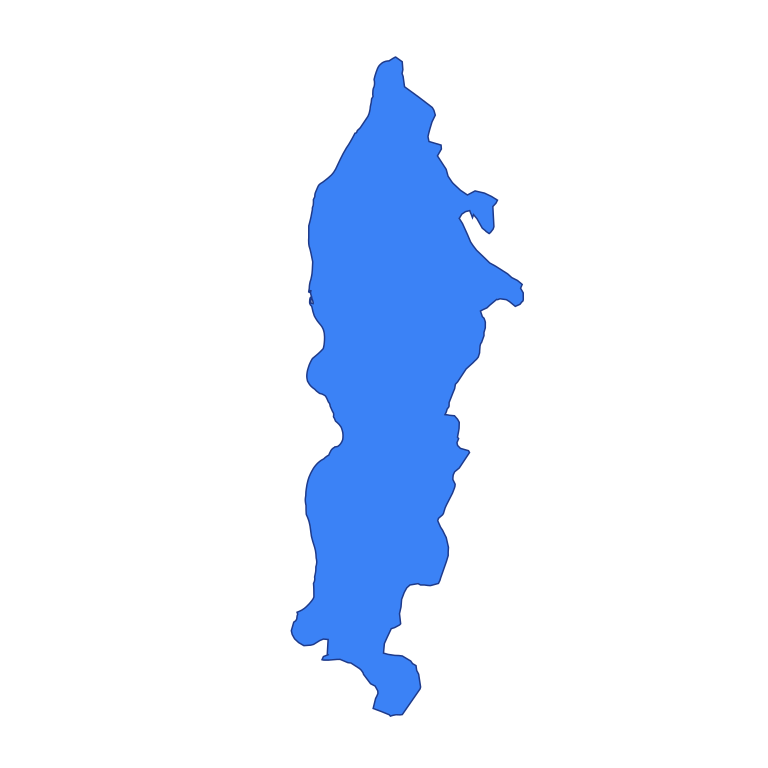 the district of Zifta, Al Gharbiyah, Egypt, rotated 196°
{"feature_id": "37247803B22072181231059", "entity_name": "Zifta", "entity_type": "district", "adm_level": 2, "iso_a3": "EGY", "parent_name": "Egypt", "parent_adm1": "Al Gharbiyah", "projection": "orthographic", "projection_center": [31.231, 30.728], "detail": "fine", "context": "isolated", "style": "filled", "palette": "blue", "viewbox_px": 768, "rotation_deg": 196, "n_neighbors": 0, "source": "geoboundaries", "source_scale": "gbopen_adm2", "svg_char_len": 6156}
<svg xmlns="http://www.w3.org/2000/svg" viewBox="0 0 768 768"><g transform="rotate(196 384 384)"><path d="M325.6,592.0L332.3,593.9L340.0,595.2L349.7,594.7L355.9,588.7L363.9,591.3L372.9,595.9L374.5,597.0L379.7,601.4L383.4,607.5L395.5,618.0L393.6,625.7L395.0,629.4L407.6,629.5L408.1,630.4L409.9,633.9L410.1,637.0L410.2,641.9L410.1,649.2L408.8,656.6L411.5,660.9L413.8,663.1L429.3,669.2L446.2,675.4L450.4,684.9L452.2,687.4L452.5,691.3L455.3,698.8L462.9,701.5L463.5,701.1L465.3,699.3L468.2,696.0L469.8,695.4L471.4,694.6L472.8,693.6L474.1,692.4L474.6,691.7L475.6,690.2L476.4,688.7L476.9,687.0L477.2,685.3L477.5,681.5L477.6,677.6L477.5,674.5L477.4,673.8L476.5,672.1L475.8,669.9L475.5,667.9L475.5,666.9L475.7,665.5L475.7,664.8L475.6,663.4L474.7,659.6L474.5,658.9L473.8,657.5L474.0,656.5L474.4,655.3L474.5,654.6L473.9,651.2L473.6,646.9L473.2,644.8L473.0,642.9L472.9,641.0L472.9,639.7L473.2,636.9L477.4,623.9L478.2,622.4L479.2,620.8L479.5,620.1L479.6,619.3L479.6,618.5L480.0,617.7L480.5,617.3L481.0,617.1L481.2,616.2L482.1,611.9L483.0,608.1L484.0,604.3L485.2,600.6L486.8,594.1L487.9,588.3L488.8,582.8L489.7,577.3L490.2,575.5L490.7,573.7L491.4,572.0L492.2,570.3L494.4,566.8L497.4,562.6L498.8,560.8L500.1,559.4L500.7,558.6L501.6,557.0L502.0,554.9L502.7,549.1L502.7,547.7L502.5,546.3L502.2,545.5L502.2,544.6L502.7,541.8L501.9,539.2L501.3,536.4L501.3,535.3L501.4,534.7L501.4,533.9L501.3,533.1L500.9,531.7L500.5,527.3L500.2,524.3L500.0,519.9L499.9,515.3L496.6,503.7L496.1,501.5L495.0,498.1L494.0,495.9L492.2,493.1L490.4,489.9L486.2,481.8L484.3,473.7L483.6,470.1L483.4,468.3L483.2,465.7L483.1,464.2L483.2,462.0L483.0,459.4L482.7,457.5L482.2,455.3L481.8,451.8L481.1,451.5L480.6,451.9L480.8,452.7L480.7,453.4L480.0,453.5L479.8,451.4L478.8,449.6L478.0,448.4L477.6,447.8L476.9,446.3L475.8,444.9L475.3,444.1L474.4,442.5L474.3,441.7L476.3,441.6L476.7,442.2L477.2,443.6L477.6,445.3L477.7,446.3L478.0,446.9L478.5,447.0L478.7,446.2L478.6,444.6L478.1,442.3L477.7,441.2L477.4,440.8L476.7,439.9L476.3,439.6L475.1,438.9L474.4,437.9L472.2,433.9L469.8,430.3L468.0,428.5L465.5,426.3L463.6,424.9L460.8,423.0L459.3,421.8L458.0,420.4L457.4,419.7L456.3,418.0L455.4,416.3L454.1,412.8L453.3,409.8L452.8,407.4L452.4,405.1L452.2,402.7L452.2,401.2L453.8,398.1L455.5,395.2L457.4,392.3L459.8,388.8L460.4,386.5L460.8,384.3L461.1,382.2L461.2,380.8L461.3,376.7L461.2,375.0L461.0,373.3L460.7,371.6L460.3,370.0L459.7,368.4L458.7,366.4L458.3,365.7L457.8,365.2L455.9,363.4L454.6,362.4L453.3,361.6L451.4,360.7L449.2,359.9L446.9,358.6L444.1,357.5L443.3,357.2L441.0,357.3L439.2,357.0L437.4,356.5L436.8,356.2L435.0,354.4L432.5,351.4L431.5,350.7L430.7,349.9L430.1,348.9L429.8,348.1L429.2,347.3L426.0,343.5L424.5,342.1L423.8,340.3L423.6,338.8L423.3,338.3L422.1,337.2L421.5,336.4L420.4,335.0L418.1,333.9L415.9,332.7L413.8,331.1L412.9,330.2L411.6,328.3L410.2,325.9L409.3,323.5L408.7,321.2L408.4,319.5L408.4,318.7L408.6,317.0L408.8,316.1L409.3,314.5L410.0,313.0L411.3,311.2L413.1,310.3L413.9,310.0L414.2,309.4L414.7,308.9L415.6,307.8L416.3,306.5L416.7,305.2L417.2,302.6L417.5,300.3L418.5,299.4L419.7,297.9L420.3,297.1L421.2,295.5L423.2,293.5L424.6,291.7L426.1,289.4L427.3,286.9L428.1,284.9L428.6,283.4L429.4,280.1L429.9,277.6L430.4,273.8L430.5,271.4L430.5,269.8L430.3,265.9L429.8,261.8L429.3,258.7L428.4,255.0L428.2,253.2L427.9,251.5L427.4,249.9L426.8,248.4L426.1,246.9L425.5,245.8L424.2,241.4L422.9,237.6L422.6,237.0L420.9,235.0L419.4,233.0L418.0,230.9L416.8,228.7L415.9,227.0L412.0,218.1L411.6,217.3L409.1,213.1L405.6,207.8L404.0,205.0L402.6,201.9L401.2,198.0L400.5,196.7L399.8,195.0L399.5,194.1L399.2,192.2L399.1,191.3L399.1,189.5L398.3,186.6L397.9,184.4L397.7,182.1L397.5,179.3L396.9,177.9L396.6,176.5L396.5,175.0L396.6,174.2L396.8,172.9L395.7,169.9L394.7,166.8L392.8,160.4L392.7,159.6L392.8,158.8L392.9,158.1L393.7,155.7L395.4,151.9L397.4,148.3L398.8,146.2L400.8,143.9L402.7,142.2L404.7,140.6L403.5,139.0L403.6,137.1L403.1,134.1L403.6,132.1L405.1,130.2L405.1,121.3L403.2,117.9L399.7,114.4L394.8,111.9L388.9,110.4L382.4,112.8L379.9,114.3L375.0,119.7L372.0,122.1L367.3,123.0L364.1,108.8L363.2,108.3L367.1,105.3L367.6,101.9L366.2,101.9L361.2,103.3L353.3,106.3L350.3,107.2L341.9,106.2L338.9,106.7L329.1,103.7L327.1,102.7L324.6,100.7L323.6,99.2L314.3,92.2L309.3,91.2L305.4,87.3L304.5,84.8L304.9,81.9L305.4,79.4L305.0,69.1L297.1,68.5L287.7,67.5L286.3,66.5L284.2,67.9L281.3,69.4L277.3,70.4L275.3,71.3L265.3,100.8L265.3,102.8L270.7,114.6L273.6,117.6L275.6,122.1L279.5,123.1L282.0,125.1L291.4,127.6L294.8,127.1L298.8,126.1L305.7,125.2L310.3,125.2L312.1,134.6L311.1,141.5L309.6,150.8L306.6,152.8L302.6,156.7L301.9,158.1L305.8,167.5L306.2,174.4L307.7,181.8L307.1,189.2L305.9,194.4L303.6,198.0L296.2,201.5L293.5,200.9L290.0,201.9L286.6,202.4L284.1,202.9L283.1,203.4L276.7,207.3L276.1,210.7L276.1,213.2L275.1,230.4L275.0,236.8L276.0,240.2L277.0,244.7L281.9,253.6L283.8,255.6L287.3,259.5L290.2,262.0L294.7,267.4L294.6,269.9L291.7,274.3L291.2,275.8L291.1,281.7L290.6,285.1L288.1,297.9L287.6,303.4L287.6,305.3L288.0,307.3L291.5,311.2L292.0,313.2L292.4,315.7L291.9,319.1L288.5,324.0L282.9,341.7L284.4,343.2L292.8,343.2L296.3,345.2L297.7,347.7L297.2,352.1L298.7,353.1L299.2,358.5L299.6,362.0L301.1,367.9L303.6,370.4L307.5,372.9L312.9,371.9L313.9,371.9L316.9,371.4L316.4,374.4L316.4,377.3L315.4,379.8L315.4,380.8L316.3,384.2L315.3,394.6L314.8,399.0L315.3,403.4L313.8,406.4L309.2,421.1L304.3,429.0L303.3,430.9L301.8,433.4L300.8,435.9L300.7,440.3L301.2,442.3L302.2,447.2L302.2,449.7L301.7,450.6L301.2,458.0L302.1,461.0L302.1,465.9L303.6,471.3L304.5,472.8L306.0,474.8L308.0,475.8L311.4,480.7L309.4,482.7L306.0,485.6L304.0,489.0L299.0,496.4L298.0,496.4L296.0,497.9L289.6,498.8L286.1,497.8L279.2,494.8L276.2,497.3L275.2,498.2L274.2,500.7L273.3,502.2L273.4,503.6L275.3,510.0L279.1,513.7L278.6,517.8L284.2,520.3L290.5,521.5L295.4,523.9L309.2,528.0L315.8,529.5L320.0,531.8L331.9,538.1L336.6,541.6L339.9,544.4L344.9,550.6L352.8,559.9L357.4,564.0L357.1,564.6L356.0,568.8L353.1,572.2L349.4,574.3L347.7,572.0L347.2,571.5L344.8,568.3L344.6,571.5L340.2,568.5L332.5,560.9L328.7,559.3L328.0,558.8L324.4,557.6L323.4,559.0L321.8,563.0L321.7,565.5L328.3,584.6L326.2,588.7L325.6,592.0Z" fill="#3b82f6" stroke="#1e3a8a" stroke-width="1.5"/></g></svg>